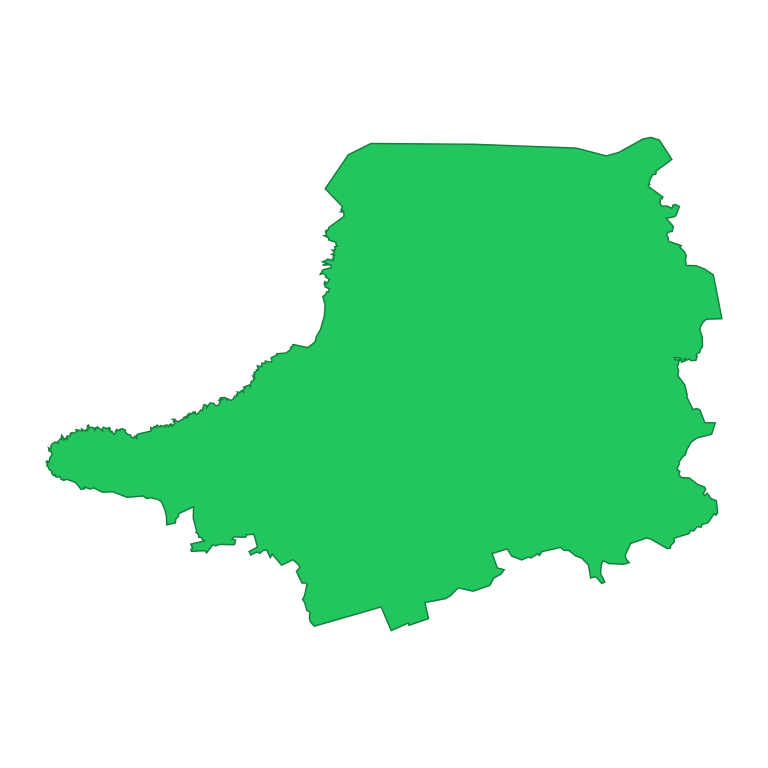 outline of Listowel Lea-6, Kerry, Ireland
{"feature_id": "5873133B46430887417549", "entity_name": "Listowel Lea-6", "entity_type": "district", "adm_level": 2, "iso_a3": "IRL", "parent_name": "Ireland", "parent_adm1": "Kerry", "projection": "orthographic", "projection_center": [-9.67, 52.458], "detail": "fine", "context": "isolated", "style": "filled", "palette": "green", "viewbox_px": 768, "rotation_deg": 0, "n_neighbors": 0, "source": "geoboundaries", "source_scale": "gbopen_adm2", "svg_char_len": 6053}
<svg xmlns="http://www.w3.org/2000/svg" viewBox="0 0 768 768"><path d="M391.2,630.6L408.4,623.0L409.0,625.3L428.5,618.6L424.9,602.6L445.6,598.6L450.9,595.4L458.1,587.9L473.2,591.2L489.8,585.4L493.8,578.1L501.1,574.0L504.2,569.7L497.4,568.0L492.1,553.6L507.2,548.9L511.8,556.2L521.7,559.9L528.6,556.9L530.9,558.0L537.7,553.8L539.4,555.5L541.9,551.6L560.7,547.4L564.0,550.4L568.9,550.5L575.8,556.0L581.8,558.1L588.5,565.1L590.6,578.0L595.8,576.6L601.8,583.5L604.8,582.1L600.5,573.5L601.3,564.6L603.1,560.6L609.0,563.6L623.3,564.2L629.2,562.7L626.1,558.8L625.2,555.4L630.6,543.5L646.5,538.0L650.9,539.1L667.1,548.5L670.4,548.1L670.7,545.5L674.4,541.8L673.8,539.3L674.6,538.0L689.2,533.5L690.4,530.4L693.6,531.0L697.3,526.6L701.1,527.2L702.0,524.6L708.2,522.6L714.2,513.5L715.8,515.2L717.7,512.9L716.3,500.6L711.1,498.7L707.1,493.1L704.8,495.6L703.1,493.9L705.7,489.6L704.5,487.0L697.4,484.3L689.4,478.0L681.4,477.6L678.8,474.8L679.8,471.4L676.8,469.3L679.2,464.1L678.9,462.4L682.4,457.0L685.4,454.7L686.6,450.1L691.2,442.0L697.2,437.9L711.7,434.2L715.2,422.9L704.8,422.6L699.9,409.9L696.7,408.5L692.9,409.6L686.9,397.0L687.2,395.0L684.8,385.0L677.8,375.6L678.6,370.9L677.2,366.0L678.6,364.0L678.6,360.9L677.0,359.4L675.4,360.0L674.3,357.8L678.9,357.6L679.4,360.8L681.0,358.6L681.4,362.2L685.2,360.8L684.0,359.7L685.0,358.5L686.9,360.1L689.2,359.1L691.2,360.7L696.0,360.2L697.2,356.2L696.3,355.8L696.8,353.7L699.8,352.5L700.2,349.8L702.5,346.7L702.2,336.6L700.1,331.0L700.0,327.6L702.9,322.4L706.2,319.2L721.9,318.7L713.3,274.9L704.8,269.1L696.0,265.7L686.1,265.5L685.5,259.9L686.3,255.7L684.3,251.7L679.8,247.1L681.2,245.6L668.5,241.3L668.1,237.3L666.4,235.4L668.0,232.3L672.1,231.4L673.4,226.6L666.2,218.2L674.4,216.8L675.9,215.5L679.4,206.6L675.5,204.5L672.9,205.2L672.7,207.5L671.3,208.0L666.8,206.0L661.9,206.2L659.5,202.7L660.3,201.9L660.2,199.0L662.3,198.7L662.8,197.1L648.5,186.6L648.4,185.2L649.7,184.5L648.9,183.6L650.4,178.7L652.8,174.7L655.7,174.1L656.3,172.4L655.6,171.4L671.8,159.4L659.4,140.1L650.9,137.4L643.0,139.0L618.6,152.5L606.4,155.9L576.1,148.1L474.3,144.3L371.0,143.5L348.4,154.7L325.2,188.7L342.5,206.7L341.0,209.7L343.0,210.5L340.7,211.7L343.7,212.3L344.0,216.4L328.8,227.5L328.4,229.6L325.9,230.6L326.7,231.4L325.6,231.9L326.5,235.3L324.2,235.7L329.1,238.1L328.7,239.9L336.2,242.5L336.0,244.5L337.1,246.2L334.7,246.8L335.3,250.0L332.2,250.1L334.1,251.9L334.0,253.3L331.7,254.4L334.7,255.4L333.2,256.6L333.7,258.2L332.9,258.6L333.8,259.1L333.1,260.5L326.9,258.9L328.0,259.5L322.5,261.8L327.1,263.6L322.5,265.1L330.9,264.8L331.3,267.6L322.9,269.9L320.3,274.3L323.7,273.5L326.1,276.1L325.6,277.1L329.3,279.4L327.4,283.0L324.7,281.6L324.4,283.4L325.5,284.3L324.3,284.2L325.4,287.2L329.4,288.7L328.2,292.1L326.8,291.8L325.6,294.5L322.9,296.5L325.1,305.3L324.4,315.8L320.4,329.8L316.4,336.5L315.0,342.1L307.7,347.6L293.4,344.5L292.7,344.8L293.2,345.9L290.6,347.3L291.1,348.1L289.8,350.2L285.9,353.0L276.7,353.8L276.9,355.0L271.1,357.8L271.9,360.7L271.3,362.2L265.3,361.1L265.4,363.3L262.0,363.1L261.5,366.8L257.4,365.7L258.2,368.9L256.7,369.8L258.0,370.4L254.1,372.4L254.9,373.8L253.6,374.6L254.1,376.1L253.1,376.1L254.9,377.7L253.5,377.5L254.1,379.2L251.0,382.1L250.3,386.7L249.1,385.0L243.7,387.2L245.0,387.9L242.7,390.6L243.2,391.7L241.7,390.6L239.4,392.6L237.5,392.1L238.3,393.1L236.6,394.2L237.0,395.8L234.8,396.1L232.8,399.5L230.8,400.4L227.1,398.6L226.9,400.0L225.1,397.5L220.8,397.7L219.8,398.8L221.9,399.5L219.0,400.4L220.4,401.4L218.3,405.3L215.8,405.9L213.8,403.4L210.0,403.0L206.7,407.7L206.5,405.3L203.9,404.7L202.2,410.6L200.8,410.0L197.7,413.8L195.4,413.8L195.2,412.0L194.3,412.4L194.8,413.9L193.3,411.9L191.7,413.9L189.1,413.3L189.3,414.9L187.6,414.7L187.9,417.6L187.3,416.1L185.5,416.6L186.5,417.8L183.7,417.5L183.7,418.7L178.2,421.6L175.9,421.1L175.5,419.5L174.9,422.0L174.8,419.3L172.8,419.4L174.1,420.1L173.4,421.7L175.0,423.7L172.3,425.9L171.7,424.0L170.7,424.3L171.2,425.5L169.1,424.3L169.9,425.4L168.5,426.6L167.4,425.0L164.7,425.4L165.3,426.9L160.8,425.6L160.0,427.0L157.0,425.1L156.1,426.2L156.5,427.6L154.2,426.4L152.7,428.7L150.7,427.6L150.9,431.2L138.0,434.0L136.6,435.3L136.7,438.2L134.7,436.1L133.8,438.2L131.0,437.0L130.6,435.2L127.3,434.1L124.7,430.9L125.3,430.2L122.5,428.8L120.2,429.1L120.1,430.3L117.0,429.7L117.8,430.6L115.4,431.0L115.9,432.3L114.4,434.4L111.8,431.2L111.1,432.2L109.8,430.9L110.2,428.3L109.1,427.6L108.3,428.1L108.9,429.1L103.3,427.3L102.3,428.8L102.6,430.8L97.3,426.8L95.1,429.8L95.4,427.2L94.4,429.4L92.4,427.2L89.5,427.7L88.6,425.1L87.5,425.6L87.4,427.5L88.4,428.4L87.3,430.6L86.4,429.4L85.3,431.1L81.7,429.0L82.3,430.9L76.0,429.7L76.9,431.3L74.0,433.2L71.5,432.6L70.0,434.0L70.7,434.8L70.1,436.2L67.1,436.0L66.3,437.4L67.5,438.6L66.7,439.6L66.1,438.4L64.9,439.5L61.7,435.3L61.3,437.3L62.5,439.7L60.6,438.7L57.5,442.2L57.9,443.2L55.2,442.0L52.4,443.7L51.0,445.6L50.8,449.4L48.5,447.8L49.0,451.0L51.1,451.7L52.2,454.6L50.0,457.3L48.9,462.4L47.2,460.9L46.1,461.7L47.6,464.3L46.3,465.9L47.3,465.4L49.4,469.7L51.7,471.0L51.7,473.3L53.5,475.5L55.5,474.9L55.4,476.6L57.1,477.2L59.8,476.5L61.0,479.2L63.3,479.3L63.1,480.3L67.1,479.4L75.6,482.5L81.2,489.5L84.6,488.8L84.4,487.1L89.8,489.0L93.9,488.0L102.4,492.2L112.9,491.8L127.0,497.3L143.4,496.0L146.5,498.5L150.4,497.7L158.1,499.5L161.5,501.9L164.6,509.0L166.5,516.5L166.7,524.8L175.3,522.9L176.1,518.3L178.5,516.6L178.6,513.6L193.5,506.9L193.3,518.3L196.9,532.2L196.1,532.4L198.5,534.8L198.8,537.2L201.6,537.5L201.9,539.1L204.7,540.9L190.9,544.1L192.6,548.7L190.9,549.3L191.3,551.3L204.9,550.7L206.6,552.9L212.8,544.8L215.6,545.8L219.9,544.4L233.7,544.7L234.6,544.4L235.6,540.1L232.1,539.1L234.2,536.8L244.4,537.2L246.0,536.9L246.6,534.7L254.0,534.4L257.5,547.1L249.1,551.5L250.8,555.0L256.7,552.0L259.9,553.3L263.0,550.5L266.7,549.9L270.3,557.6L272.2,554.1L281.6,565.1L293.0,559.8L298.6,564.8L299.9,567.6L296.4,571.3L302.0,583.1L305.5,582.9L307.0,584.5L304.5,595.8L302.6,599.4L304.7,602.7L306.8,610.3L309.9,612.0L309.4,618.5L310.7,622.3L314.4,626.2L381.1,606.9L391.2,630.6Z" fill="#22c55e" stroke="#15803d" stroke-width="1.5"/></svg>